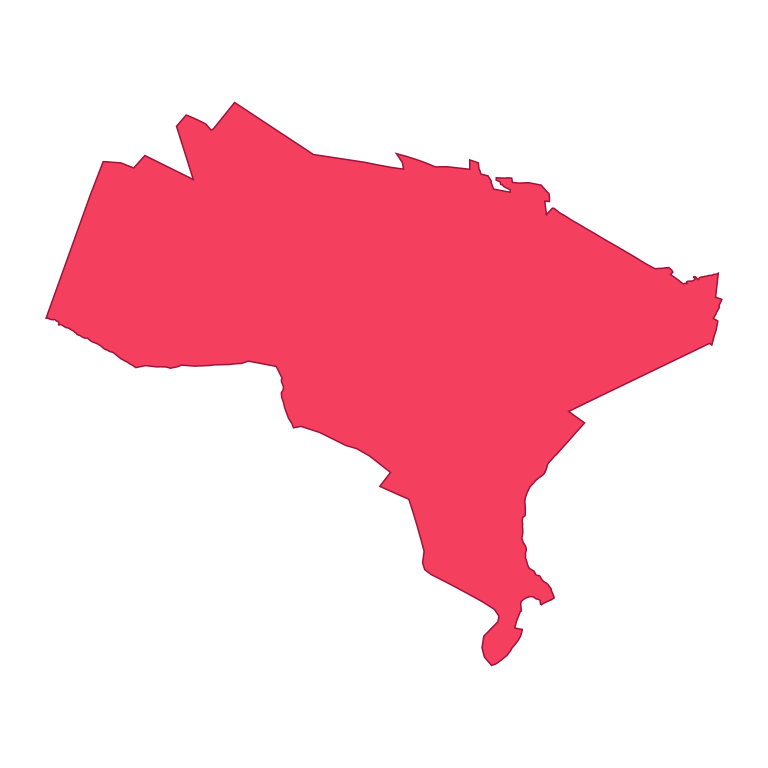 outline of Ciuchici, Caras-Severin, Romania
{"feature_id": "2599482B8913809213813", "entity_name": "Ciuchici", "entity_type": "district", "adm_level": 2, "iso_a3": "ROU", "parent_name": "Romania", "parent_adm1": "Caras-Severin", "projection": "equal_earth", "projection_center": [21.626, 44.928], "detail": "fine", "context": "isolated", "style": "filled", "palette": "rose", "viewbox_px": 768, "rotation_deg": 0, "n_neighbors": 0, "source": "geoboundaries", "source_scale": "gbopen_adm2", "svg_char_len": 6087}
<svg xmlns="http://www.w3.org/2000/svg" viewBox="0 0 768 768"><path d="M491.6,665.5L494.0,664.5L495.2,664.3L498.6,662.1L502.8,658.8L507.0,655.4L509.1,652.5L510.5,650.9L511.6,648.6L512.9,647.0L515.8,643.6L518.6,639.7L520.5,636.2L521.8,632.2L522.3,629.4L517.9,628.7L514.8,628.0L515.6,624.6L516.4,621.8L517.0,620.1L518.5,616.2L519.6,613.6L520.0,612.0L520.9,611.4L521.3,611.0L521.1,608.1L520.8,605.0L520.8,603.6L521.0,602.4L521.6,601.2L523.7,599.3L526.5,597.7L529.4,596.8L531.1,596.6L532.9,596.8L534.5,597.6L535.6,598.6L536.6,599.0L538.0,599.2L539.6,600.0L540.2,600.8L540.2,601.3L540.3,602.9L540.4,603.8L540.6,604.4L541.2,604.7L541.5,604.8L542.1,604.2L544.4,602.9L545.8,602.2L548.2,601.1L549.3,600.7L550.9,600.0L550.7,599.8L552.2,599.2L553.5,598.4L554.0,598.0L554.2,597.8L553.9,596.9L553.5,595.6L552.4,593.0L551.6,591.1L551.3,590.2L551.2,589.1L551.0,588.6L550.1,587.4L549.2,586.3L548.2,584.7L547.5,584.0L546.5,583.2L545.2,582.4L544.3,582.0L543.5,581.5L543.1,581.0L542.4,580.2L541.7,579.2L541.2,578.5L540.6,577.4L539.9,576.2L539.3,575.7L538.9,575.5L538.5,575.4L538.2,575.5L537.8,575.5L537.1,575.3L536.1,575.0L535.8,574.6L535.6,574.3L535.0,572.8L534.4,571.6L533.9,571.0L533.3,570.7L531.1,569.4L529.7,568.6L529.2,568.1L528.8,567.3L528.3,566.4L527.8,565.4L527.6,564.6L527.0,562.6L526.6,561.1L526.4,560.3L525.8,558.6L525.5,557.7L525.5,556.5L525.6,554.8L525.5,554.2L525.4,553.6L525.6,552.7L526.2,550.8L526.3,549.6L526.2,548.5L525.9,547.3L525.5,546.2L524.9,545.0L524.2,544.0L523.3,542.6L522.9,541.6L522.7,540.8L522.0,538.7L521.9,538.1L521.9,537.6L522.3,536.2L522.6,534.5L522.8,532.1L522.7,530.9L522.8,529.4L522.6,528.1L522.4,527.2L522.6,525.1L522.7,523.8L522.4,522.6L522.3,522.0L522.3,520.3L522.5,518.5L523.1,516.9L523.6,516.8L524.2,516.5L524.7,516.1L525.1,515.6L525.3,513.7L525.3,512.1L525.3,508.8L525.2,505.7L525.1,504.5L524.9,502.8L524.9,501.4L525.0,499.5L525.5,497.4L525.9,496.1L526.5,494.6L527.0,493.0L527.6,491.7L528.8,489.3L529.7,487.3L530.7,486.1L531.6,485.1L533.2,483.5L533.8,482.9L534.9,481.3L535.7,480.5L536.2,480.1L537.2,479.3L538.1,478.5L538.6,478.0L540.5,476.8L542.3,475.5L543.4,474.6L544.2,473.5L544.7,472.7L544.7,472.2L545.0,472.3L545.3,471.6L545.6,470.7L546.2,469.6L546.6,468.3L546.8,467.3L547.1,466.5L547.0,466.0L547.2,465.6L547.4,464.8L548.4,463.2L549.5,461.7L550.5,460.8L552.7,458.3L554.8,455.9L556.1,454.9L582.8,424.9L584.6,422.9L574.8,415.9L568.7,411.4L601.6,395.4L709.5,343.4L711.8,345.1L713.6,338.6L713.4,338.5L716.3,329.5L717.8,321.1L717.2,320.6L713.4,318.5L713.5,318.1L715.5,314.9L716.6,312.3L719.2,307.8L719.2,305.3L721.9,299.4L715.6,297.2L718.3,273.2L716.1,274.3L714.8,274.3L713.8,274.3L712.2,275.3L710.6,275.3L708.6,275.5L706.6,276.2L705.7,276.4L704.5,276.3L704.0,276.5L703.4,276.9L702.1,276.9L700.9,277.1L700.2,277.3L699.2,278.0L698.9,279.0L698.6,279.4L698.2,279.6L697.9,279.6L697.6,279.4L697.1,278.6L696.0,277.3L695.3,276.8L694.5,276.6L694.0,276.7L693.6,276.9L693.6,277.2L694.2,277.9L695.0,278.7L695.0,279.2L694.8,279.6L694.4,279.9L694.0,280.1L693.1,280.6L692.5,280.9L691.0,281.1L689.1,281.1L688.0,281.2L687.2,281.5L686.8,281.9L686.7,282.2L687.0,283.0L686.9,283.4L686.7,283.7L685.9,283.3L685.2,283.3L683.9,283.7L683.2,283.9L680.6,281.9L677.9,279.7L676.7,278.9L672.9,276.2L670.5,274.4L671.4,273.6L672.1,273.0L672.9,272.1L671.9,270.4L670.5,269.0L668.9,267.5L667.1,267.7L665.0,267.9L663.4,268.1L661.9,268.4L660.4,268.3L659.3,268.4L656.7,268.6L655.0,268.7L650.5,266.3L647.7,264.8L645.5,263.6L640.3,260.4L635.3,257.3L630.2,254.3L625.2,251.4L620.1,248.4L615.1,245.5L610.1,242.6L605.0,239.7L600.0,236.8L595.2,233.8L590.4,231.0L586.7,229.0L582.5,226.4L578.9,224.3L573.1,221.0L570.0,219.1L566.2,216.6L565.2,216.0L564.0,215.2L561.3,213.8L559.6,212.7L557.3,210.9L554.1,208.4L553.8,208.3L553.6,208.2L553.1,208.2L552.2,208.3L546.4,214.6L544.8,201.1L549.4,201.5L549.4,201.4L549.5,197.6L549.0,193.7L546.3,191.0L541.1,185.1L528.7,182.7L518.8,183.1L512.5,182.4L511.7,178.1L507.8,177.8L505.7,178.1L500.8,178.0L496.3,177.7L496.1,180.1L500.1,181.9L500.8,184.5L502.6,184.9L503.8,186.6L510.2,189.7L510.3,192.1L507.1,191.7L493.7,189.1L493.1,187.7L491.3,183.0L491.2,181.0L488.1,175.9L480.7,174.0L480.3,171.6L478.9,168.5L478.4,162.8L469.7,159.9L469.8,169.3L447.0,166.7L435.3,166.9L430.6,164.9L425.9,163.0L421.1,161.2L416.2,159.5L411.3,157.9L406.4,156.4L401.4,155.0L396.4,153.6L402.4,162.6L403.5,169.1L392.5,167.6L378.2,165.0L364.2,162.2L313.4,154.5L234.6,102.5L214.0,128.1L212.5,129.6L210.9,130.0L209.5,128.2L206.1,124.3L203.2,122.6L193.4,118.0L186.2,115.0L176.5,126.3L193.3,179.5L152.1,159.1L144.9,155.5L133.7,168.0L121.0,162.9L106.7,161.8L103.2,161.6L90.3,195.0L46.1,318.1L47.6,318.1L49.0,318.8L50.2,319.2L51.5,319.6L52.7,319.7L53.7,319.7L54.4,319.5L55.0,319.6L55.4,319.9L56.0,320.6L56.6,321.1L58.0,321.6L58.6,322.3L58.7,322.8L58.7,323.9L58.6,324.4L58.7,324.8L59.1,324.9L60.6,324.6L61.4,324.8L63.0,325.7L64.3,326.6L66.1,327.7L67.5,327.7L68.1,327.9L73.9,331.3L74.5,332.1L76.0,333.0L76.9,334.2L77.9,334.8L78.7,335.2L79.6,335.4L80.5,335.8L82.0,336.9L84.5,338.0L85.1,338.2L86.6,338.0L87.2,338.1L88.3,338.9L91.5,341.5L92.1,341.7L94.2,342.5L98.1,344.2L100.1,345.4L101.2,346.2L103.4,348.3L104.1,348.8L105.1,349.3L107.9,350.4L109.0,351.2L109.7,351.5L112.4,352.2L113.2,352.5L114.1,353.2L117.1,355.7L117.7,356.0L117.9,356.4L118.4,356.8L120.0,357.9L120.6,358.6L121.1,358.9L127.2,362.1L130.3,364.1L133.0,365.6L135.8,367.6L145.5,365.6L156.6,366.9L160.7,366.8L166.3,367.0L170.4,368.2L176.4,367.0L179.7,366.0L180.6,365.1L190.6,365.8L194.4,366.1L200.4,365.9L209.6,365.5L213.7,364.9L229.6,364.5L233.9,363.9L241.6,363.4L248.4,361.1L276.2,366.4L282.3,378.6L281.4,379.4L281.5,381.8L283.4,386.4L283.3,389.5L281.3,392.9L281.7,397.3L283.6,402.8L284.6,407.7L287.1,414.5L288.4,418.0L292.1,424.0L293.5,427.8L300.9,426.4L310.3,429.4L319.7,432.5L332.8,439.0L345.9,445.5L356.6,448.6L369.7,456.1L390.5,472.4L379.8,486.4L400.7,495.7L408.8,499.2L413.0,512.1L416.9,525.1L420.6,538.2L424.1,551.3L422.6,562.8L424.7,569.6L430.9,574.4L443.9,581.0L456.9,587.8L469.7,594.7L482.5,601.8L494.3,609.3L498.9,616.0L498.0,621.6L483.8,636.2L482.0,647.7L484.4,657.1L491.6,665.5Z" fill="#f43f5e" stroke="#9f1239" stroke-width="1.5"/></svg>